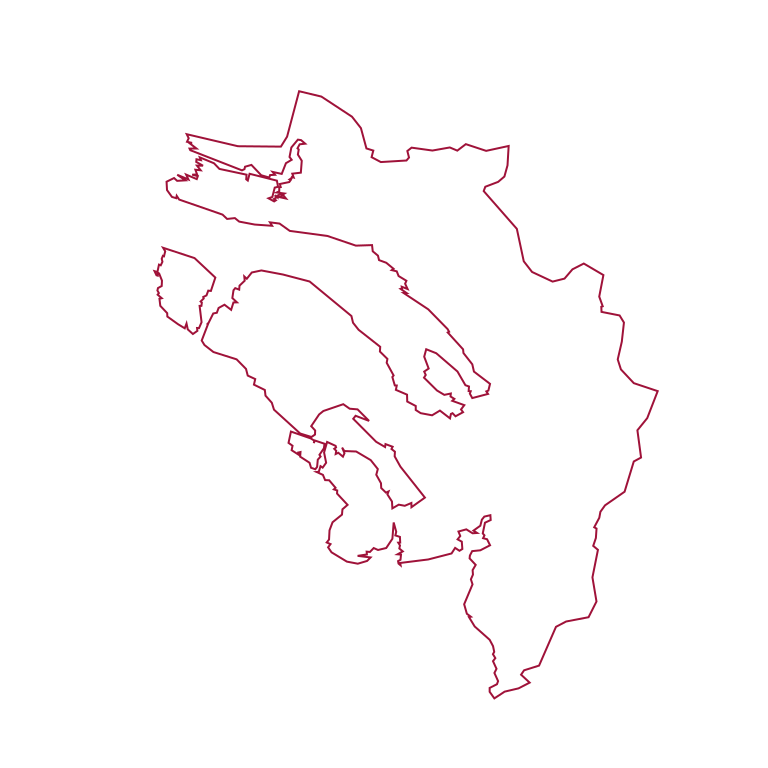 outline of Hyllestad nor, Sogn og Fjordane, Norway, rotated 18°
{"feature_id": "86288312B29957343323174", "entity_name": "Hyllestad nor", "entity_type": "district", "adm_level": 2, "iso_a3": "NOR", "parent_name": "Norway", "parent_adm1": "Sogn og Fjordane", "projection": "albers", "projection_center": [5.193, 61.176], "detail": "fine", "context": "isolated", "style": "outline", "palette": "rose", "viewbox_px": 768, "rotation_deg": 18, "n_neighbors": 0, "source": "geoboundaries", "source_scale": "gbopen_adm2", "svg_char_len": 6155}
<svg xmlns="http://www.w3.org/2000/svg" viewBox="0 0 768 768"><g transform="rotate(18 384 384)"><path d="M119.2,207.4L122.3,210.6L121.8,214.5L126.9,214.0L125.0,215.2L132.9,218.0L126.3,220.2L127.5,221.5L182.9,224.7L184.9,222.8L184.7,220.3L190.2,216.6L202.7,223.4L211.1,223.1L211.1,220.5L215.7,218.7L212.5,216.7L221.8,215.8L222.5,204.3L226.9,199.3L224.0,197.3L222.8,187.7L226.6,178.2L229.8,177.7L234.8,179.8L229.7,182.1L228.9,186.6L230.4,187.3L231.2,192.4L236.8,197.1L239.6,208.7L231.8,212.3L234.3,215.5L231.7,215.5L233.0,216.1L231.0,218.6L232.3,218.7L231.5,221.2L223.1,226.0L224.9,228.6L223.6,229.2L224.8,233.1L222.8,235.0L230.5,233.6L229.2,235.2L233.5,237.9L225.4,238.7L229.1,237.7L227.2,235.1L224.6,237.6L225.2,239.5L222.0,238.1L223.9,240.1L222.2,242.0L224.4,242.7L223.1,244.3L216.8,243.1L220.0,240.6L219.4,231.0L222.3,229.2L219.3,223.7L191.2,225.6L191.6,232.6L189.7,231.9L188.6,227.4L161.0,230.3L154.1,226.6L138.8,225.4L140.7,227.7L136.2,228.2L136.8,230.8L144.4,232.3L138.6,234.1L143.6,237.4L138.4,238.5L141.5,242.5L136.9,244.2L142.7,243.8L142.6,247.0L131.1,246.0L134.8,249.9L122.7,248.9L132.2,251.7L124.5,254.7L120.7,253.0L114.7,258.8L117.7,266.6L124.5,271.6L129.0,271.5L128.7,269.1L132.2,271.9L178.1,272.8L183.8,275.5L190.9,272.3L196.1,274.3L211.8,272.3L228.7,268.1L225.6,265.5L235.1,263.7L247.1,267.5L284.5,260.7L314.5,261.1L329.7,255.6L332.3,261.3L338.6,263.8L341.0,267.7L348.7,268.0L357.5,271.5L356.2,273.3L361.3,272.9L364.5,276.8L373.4,278.9L373.1,282.1L377.1,286.4L370.8,286.0L371.6,287.6L370.4,288.4L377.3,290.5L374.6,291.4L403.0,299.3L427.5,312.1L429.8,314.2L428.7,315.3L448.5,326.6L450.0,330.0L461.9,338.0L465.7,344.4L484.8,351.1L485.3,358.0L483.6,359.4L486.0,361.3L472.3,370.1L468.6,366.6L468.7,364.1L466.7,364.6L465.6,360.1L461.8,360.0L450.0,349.4L424.2,338.6L413.4,337.9L413.8,345.6L421.7,355.5L418.4,359.8L420.9,362.5L420.1,365.6L436.4,373.8L444.7,375.7L450.5,372.4L451.1,375.3L455.5,376.4L454.1,378.9L466.9,379.3L465.1,384.4L467.9,386.4L462.0,392.6L458.2,390.6L456.9,391.8L457.4,396.3L445.4,392.0L439.4,398.9L427.9,400.4L422.2,398.9L421.0,395.1L411.5,393.5L409.2,387.0L397.1,385.9L396.6,381.5L394.7,382.0L389.8,374.8L390.5,372.9L380.0,363.0L379.5,359.1L370.1,354.4L368.9,349.8L343.1,340.3L335.6,335.3L332.0,329.4L281.6,309.5L254.1,311.1L232.3,313.9L223.8,318.8L221.0,326.3L217.9,324.9L219.6,328.8L216.2,335.1L217.1,339.0L212.9,338.8L211.9,341.4L213.2,349.1L218.9,351.8L215.6,353.0L215.7,360.7L207.8,357.9L203.2,362.8L203.0,367.9L199.8,369.7L198.1,381.2L196.8,381.1L198.1,381.8L197.2,399.0L201.2,402.4L211.9,406.3L236.2,406.1L248.1,412.3L251.8,418.1L260.0,419.1L260.5,424.8L272.5,426.5L274.9,431.7L283.1,436.5L287.3,442.4L319.6,457.0L331.4,456.8L334.0,453.4L332.9,449.5L327.8,446.6L331.7,433.0L334.7,428.4L351.5,415.8L359.0,418.1L366.7,416.3L381.2,423.7L366.8,423.0L365.5,426.6L394.4,441.4L404.5,443.6L404.0,440.7L411.6,441.0L411.2,443.5L415.3,445.0L416.5,449.5L425.1,457.5L458.0,479.4L448.2,492.7L446.8,488.7L441.4,493.4L435.3,494.2L430.4,499.7L427.9,493.3L421.4,488.0L421.5,484.8L419.4,486.7L413.5,483.8L411.8,479.3L404.7,472.7L404.4,466.8L394.9,460.5L378.4,456.8L367.0,460.0L363.8,457.4L367.8,462.0L367.4,465.8L361.8,463.5L359.7,465.5L359.2,462.3L356.7,461.0L358.0,459.1L357.1,457.8L347.8,456.7L348.2,467.7L353.3,476.8L351.5,482.5L349.0,481.8L349.1,487.6L347.1,488.5L354.0,489.3L357.7,493.6L361.6,492.5L370.0,497.7L368.9,499.7L372.4,499.7L373.2,502.7L386.7,510.2L383.2,516.0L384.4,521.2L377.8,531.4L377.4,540.0L379.8,548.9L378.5,552.4L382.6,552.8L381.3,556.6L386.1,560.3L403.6,564.4L414.6,563.0L422.6,557.5L424.8,553.1L412.0,555.6L420.4,551.4L419.3,548.8L422.5,548.1L424.9,543.2L429.6,543.7L436.8,539.3L439.8,528.6L436.0,512.7L441.3,520.8L441.6,524.5L446.4,524.5L448.4,529.8L446.6,530.5L449.1,532.6L449.4,535.7L453.6,537.4L449.5,541.8L452.9,541.0L454.0,546.1L452.1,548.1L453.3,550.3L455.8,551.3L454.7,549.2L480.3,537.2L500.6,524.3L502.3,517.9L507.3,519.3L509.5,516.7L506.7,509.9L502.0,509.0L503.5,505.0L500.4,501.3L507.2,496.8L514.4,498.6L518.6,496.9L514.4,495.8L519.4,489.0L519.0,482.8L520.4,479.1L525.7,475.9L527.5,480.4L522.9,484.7L524.1,495.6L526.3,496.9L525.9,500.0L530.0,499.8L534.7,504.6L527.0,512.4L519.5,515.7L518.7,520.6L519.3,523.4L527.1,527.7L525.8,533.6L527.5,537.8L527.0,542.9L530.1,547.2L528.3,568.7L533.8,576.9L538.5,578.5L536.8,579.4L545.2,586.6L563.5,594.6L568.7,599.6L571.6,604.7L571.1,607.3L574.6,610.3L573.3,613.9L579.0,620.1L578.3,624.7L584.3,631.3L584.2,634.6L578.4,640.4L579.6,644.1L586.1,648.9L593.8,639.3L606.0,631.9L614.8,623.0L604.2,618.1L605.7,613.0L618.5,603.9L622.6,561.8L630.6,553.6L650.6,542.6L653.3,525.2L642.0,503.5L638.7,475.6L633.0,473.3L633.1,465.0L630.8,455.8L628.2,455.3L630.1,444.7L629.3,438.7L631.7,431.1L646.1,412.1L645.5,380.5L651.2,374.5L639.3,349.7L644.9,335.1L646.5,306.2L621.3,306.0L604.8,296.9L598.7,288.4L597.1,270.3L593.2,251.4L586.9,246.0L568.6,248.2L566.8,243.4L568.0,242.5L561.7,234.4L559.0,212.6L536.8,207.7L527.8,216.7L523.1,228.0L512.7,234.5L490.2,231.7L479.0,224.1L462.4,195.4L419.2,169.7L419.4,165.1L430.1,156.5L434.4,149.5L433.9,137.9L429.0,119.1L409.1,130.7L387.7,130.6L381.6,139.4L373.5,138.7L357.9,147.0L337.2,150.7L334.2,155.2L337.8,160.9L336.3,164.5L312.4,173.9L302.1,172.1L301.7,165.3L294.5,165.4L283.0,147.8L271.0,139.7L235.6,130.0L212.8,131.8L215.4,178.7L212.6,190.1L171.6,203.0L119.2,207.4ZM164.9,322.8L131.8,322.7L134.9,325.4L135.3,330.5L134.1,330.4L133.9,333.6L135.5,336.2L135.0,340.1L133.1,340.0L133.9,347.5L130.9,347.6L134.0,350.9L135.3,350.9L134.3,347.9L136.0,348.4L140.9,354.3L142.3,359.5L139.4,362.6L139.6,365.1L141.8,367.1L141.1,369.0L146.1,371.1L144.1,372.3L147.1,378.8L155.9,383.6L157.1,386.8L169.7,390.8L177.3,392.6L177.5,387.5L180.5,392.7L186.8,395.5L190.1,391.1L188.9,388.5L190.8,388.0L191.4,381.6L184.5,366.7L186.2,366.1L185.6,362.9L184.1,362.2L186.1,358.4L185.2,357.1L187.8,354.6L188.0,349.5L190.6,349.0L190.7,334.9L164.9,322.8ZM331.2,458.4L310.2,458.0L311.4,469.5L316.1,471.0L316.6,475.5L324.9,477.7L323.6,475.7L325.6,474.5L326.7,479.0L337.5,481.9L340.5,486.2L345.0,486.3L346.0,483.5L344.4,476.4L346.1,472.6L344.5,471.3L346.7,463.7L345.9,459.2L335.7,459.1L335.5,461.9L335.2,459.4L331.2,458.4Z" fill="none" stroke="#9f1239" stroke-width="2"/></g></svg>